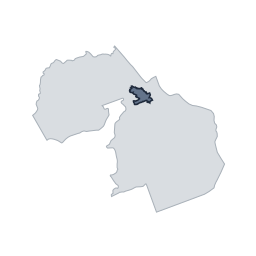 Luano, Central, Zambia (highlighted), rotated 250°
{"feature_id": "96606910B16035329871790", "entity_name": "Luano", "entity_type": "district", "adm_level": 2, "iso_a3": "ZMB", "parent_name": "Zambia", "parent_adm1": "Central", "projection": "robinson", "projection_center": [29.687, -14.461], "detail": "fine", "context": "in_parent", "style": "filled", "palette": "slate", "viewbox_px": 256, "rotation_deg": 250, "n_neighbors": 0, "source": "geoboundaries", "source_scale": "gbopen_adm2", "svg_char_len": 7351}
<svg xmlns="http://www.w3.org/2000/svg" viewBox="0 0 256 256"><g transform="rotate(250 128 128)"><path d="M167.0,171.8L156.9,171.8L153.3,172.7L150.2,174.1L146.6,176.2L144.6,177.7L144.0,178.6L143.7,180.4L143.7,183.3L143.4,185.3L142.3,187.2L136.8,189.4L133.3,191.3L129.8,193.5L127.1,196.3L125.3,199.8L122.3,204.2L116.1,211.9L112.4,213.3L109.4,213.0L105.7,211.4L102.8,211.1L100.6,212.1L98.6,211.8L96.7,210.2L95.2,209.6L94.0,210.0L92.4,209.9L89.5,209.0L86.9,206.3L85.6,205.1L84.5,204.7L81.5,204.3L74.6,203.6L67.4,205.0L61.1,206.4L54.6,200.2L48.4,193.7L47.0,192.1L44.7,189.9L43.0,188.8L42.3,188.3L40.6,182.5L39.6,177.2L39.2,126.0L67.5,126.0L69.3,125.8L69.4,125.2L68.1,122.5L68.1,121.5L68.5,119.7L69.7,115.9L69.8,114.7L69.2,110.7L69.2,108.4L69.5,103.9L69.3,102.3L70.0,100.3L70.2,98.9L70.5,98.3L70.1,96.8L69.5,91.3L69.2,89.1L70.9,89.4L71.5,90.5L71.8,91.7L72.6,91.8L74.6,92.5L75.3,93.6L75.8,95.7L75.5,96.8L74.8,97.7L75.5,98.5L76.8,99.1L77.6,98.9L79.9,97.4L82.0,96.9L83.1,96.5L87.8,95.5L88.7,95.0L89.3,95.0L89.8,95.4L89.4,96.9L89.3,98.3L89.8,100.9L90.3,102.1L91.3,103.0L92.0,103.4L92.8,104.4L94.4,104.2L98.0,105.5L99.1,106.1L100.6,106.7L101.7,107.0L105.4,107.4L109.3,108.1L111.3,108.2L112.7,108.0L113.7,107.7L114.4,107.2L114.6,106.9L116.1,102.0L116.8,101.6L117.8,101.3L118.4,101.8L119.0,104.9L121.9,107.7L122.8,110.0L123.5,112.0L124.1,112.6L125.2,113.3L126.9,113.5L128.5,113.6L136.1,117.0L136.9,117.6L137.8,119.4L138.4,121.5L139.0,123.1L140.0,123.4L140.9,123.6L141.7,124.7L142.4,125.6L144.7,129.7L145.0,131.3L146.1,132.4L147.5,132.8L148.9,132.9L149.7,132.4L151.6,131.6L153.2,130.6L154.3,130.3L154.9,130.5L155.4,131.1L155.7,133.1L156.8,133.8L157.6,133.6L157.9,132.8L157.9,132.4L157.9,111.3L157.2,111.5L156.4,112.1L154.3,112.1L153.6,112.6L153.3,113.3L153.5,114.1L153.5,115.3L153.2,115.9L152.3,116.1L151.1,115.6L148.7,115.0L146.8,114.7L145.4,113.1L143.5,110.7L142.3,109.5L139.4,107.0L138.9,106.5L138.0,105.4L137.2,103.4L136.4,101.1L136.0,99.7L136.8,97.4L138.5,90.1L138.9,87.9L140.3,85.6L140.4,83.5L139.8,80.9L140.0,79.4L140.2,71.0L139.8,68.4L138.8,65.5L136.7,61.4L136.7,60.5L140.0,57.9L140.9,56.9L142.7,54.7L143.8,52.9L144.5,51.4L144.8,49.5L144.2,47.7L145.4,47.4L172.5,42.7L172.9,43.9L173.7,46.0L174.7,47.5L175.8,48.9L176.8,49.7L177.5,49.9L181.7,49.8L183.2,50.6L184.5,51.7L184.8,53.3L185.6,54.3L186.6,55.1L187.0,55.2L187.7,55.0L188.8,54.9L189.8,55.3L190.3,55.6L190.4,57.0L190.7,57.6L192.1,57.8L193.5,57.9L194.9,58.8L196.4,59.0L198.1,59.3L199.0,60.3L200.8,61.3L203.1,62.2L205.6,63.7L205.6,64.2L206.0,65.0L206.5,65.7L206.5,66.6L206.7,67.4L207.4,67.6L207.9,67.7L208.4,67.1L209.0,67.1L209.8,67.5L210.0,68.5L210.6,69.8L211.5,70.7L212.1,71.6L211.9,73.2L211.5,74.6L212.8,76.1L214.4,77.4L214.8,78.0L214.9,80.1L215.2,80.8L216.3,82.4L216.8,83.6L216.8,84.2L213.8,87.5L212.0,88.1L211.2,88.7L210.7,89.5L211.9,92.8L212.5,94.0L212.0,95.6L210.8,98.3L210.2,98.5L210.1,100.6L210.5,101.3L211.1,101.9L211.3,103.3L211.2,106.7L210.5,110.6L211.8,114.0L212.3,114.3L214.1,114.4L214.4,114.7L214.0,115.6L212.7,117.1L210.3,118.3L206.9,119.6L206.2,120.8L205.8,122.6L206.2,123.6L206.6,124.2L206.5,125.8L206.2,127.4L206.3,128.7L206.1,129.9L205.7,130.4L205.1,132.2L204.3,133.9L203.7,134.7L202.9,135.5L201.6,136.2L201.6,136.5L203.1,137.3L203.5,137.9L203.6,138.3L203.0,139.2L203.7,139.7L204.5,140.1L205.3,141.3L206.3,143.5L206.7,143.7L207.2,143.5L208.1,142.6L208.8,142.3L209.6,143.5L195.5,148.9L192.2,150.0L187.2,151.9L185.6,152.6L184.3,153.3L171.2,157.5L169.2,158.3L164.5,160.5L164.4,160.8L164.4,161.8L164.8,163.8L165.6,165.6L166.3,166.7L166.8,169.4L167.0,171.8Z" fill="#d9dde1" stroke="#a8b0b8" stroke-width="1"/><path d="M145.8,160.5L147.8,160.2L149.1,158.8L149.4,158.5L149.5,158.5L149.5,158.4L151.4,160.3L153.5,160.3L153.5,157.6L153.7,157.4L153.8,157.3L154.0,157.5L154.2,157.4L154.4,157.4L154.5,157.4L154.4,157.4L154.5,157.3L154.6,157.5L154.8,157.5L154.7,157.4L154.7,157.2L154.9,157.0L155.1,157.0L155.1,156.9L155.3,156.9L155.4,156.7L155.5,156.7L155.8,156.5L155.9,156.4L155.8,156.2L155.9,156.3L156.0,156.3L156.2,156.2L156.3,156.2L156.5,156.2L156.7,155.9L156.8,155.9L156.9,155.7L157.0,155.7L157.0,155.8L157.1,155.7L157.3,155.6L157.5,155.8L157.7,155.6L157.8,155.6L158.2,155.3L158.5,155.3L158.8,155.3L159.0,155.3L159.0,155.1L159.3,155.0L159.4,154.9L159.4,154.6L159.5,154.5L159.7,154.8L159.8,155.0L159.9,154.9L160.0,154.9L160.4,154.7L160.6,154.4L160.7,154.5L160.9,154.5L161.1,154.5L161.2,154.2L161.1,153.9L161.0,154.0L160.9,153.9L160.7,153.6L160.7,153.3L160.8,153.0L160.8,152.8L161.0,152.6L161.1,152.4L160.9,152.3L161.0,152.3L161.0,152.1L161.3,152.0L161.4,151.8L161.2,151.6L161.3,151.3L161.5,151.2L161.5,150.9L161.7,150.6L162.0,150.6L162.0,150.4L161.9,150.1L162.0,150.1L162.2,149.7L162.3,149.6L162.6,149.5L162.8,149.7L162.9,149.8L163.0,149.7L163.2,149.3L163.4,149.2L163.2,149.1L163.5,148.9L163.4,148.7L163.7,148.5L163.7,148.4L164.1,148.1L164.2,147.9L164.3,147.7L164.4,147.4L164.5,147.2L164.8,147.2L165.0,146.9L165.3,146.7L165.5,146.6L165.8,146.5L165.8,146.2L165.6,146.1L165.8,145.9L165.7,145.9L165.6,145.7L165.5,145.4L165.4,145.2L165.3,144.9L165.3,145.0L165.2,145.0L165.2,144.9L165.1,145.0L165.1,144.9L165.0,144.7L164.9,144.6L164.6,144.7L164.2,144.5L164.1,144.4L164.0,144.5L164.0,144.4L163.8,144.4L163.7,144.1L163.6,143.6L163.5,143.4L163.4,143.2L163.5,143.0L163.4,143.0L163.4,142.9L163.1,142.7L162.9,142.5L162.8,142.4L162.7,142.4L162.5,142.2L162.4,142.2L162.3,142.3L162.3,142.2L162.3,142.3L162.2,142.2L161.9,142.1L161.7,142.2L161.6,142.3L161.5,142.2L161.4,142.2L161.2,142.2L161.2,142.3L160.9,142.3L160.6,142.5L160.3,143.0L160.2,143.1L160.1,143.3L160.1,143.5L160.0,143.8L159.9,144.0L159.8,144.4L159.8,144.6L159.7,144.7L159.7,144.8L159.6,144.7L159.4,144.7L158.9,144.5L158.6,144.7L158.4,144.8L158.5,144.9L158.4,145.0L158.2,145.0L157.9,145.0L157.7,145.2L157.7,145.4L157.5,145.5L157.3,145.9L156.8,146.3L156.8,146.5L156.1,147.1L155.9,147.3L155.7,147.2L155.5,146.9L155.3,146.6L155.2,146.5L155.2,146.4L155.1,146.2L154.9,146.2L154.7,146.1L154.2,146.5L154.4,146.6L154.4,147.0L153.8,147.2L152.6,148.1L152.0,148.8L151.9,148.7L151.8,148.8L151.4,148.7L151.3,148.0L151.2,147.8L151.1,147.6L150.8,146.7L150.7,145.8L150.8,145.6L150.8,145.1L150.6,144.6L150.7,144.4L150.7,144.2L150.8,144.1L151.1,143.8L151.2,143.7L151.2,143.3L151.3,143.1L151.4,142.9L151.6,142.4L151.4,142.3L151.1,142.2L150.7,142.3L150.5,142.2L150.4,142.2L150.2,142.1L149.6,142.3L149.4,142.3L148.9,142.4L148.6,142.4L148.3,142.4L148.2,142.4L148.0,142.2L147.8,142.3L147.7,142.6L147.7,142.9L147.6,143.1L147.4,143.3L147.4,143.6L147.3,143.8L147.4,144.0L147.3,144.3L147.2,144.3L147.1,144.6L147.2,144.9L147.2,145.0L147.3,145.1L147.4,145.4L147.3,145.5L147.3,145.9L147.3,146.0L147.5,146.4L147.6,146.8L147.7,147.1L147.7,147.3L147.7,147.6L147.6,147.9L147.7,148.4L147.8,148.5L147.7,148.7L147.6,148.9L147.6,149.2L147.5,149.4L147.5,149.7L147.7,150.3L147.8,150.6L147.9,150.9L147.7,151.0L147.6,150.9L147.5,151.5L147.6,151.8L147.7,152.0L147.7,152.3L147.6,152.5L147.7,152.9L147.6,153.0L147.7,153.5L147.7,153.8L147.8,154.0L147.7,154.3L147.6,154.7L147.6,155.1L146.4,155.1L145.8,154.8L145.7,154.9L146.0,155.1L146.2,155.3L146.2,155.7L146.1,155.9L145.9,156.2L145.6,156.3L145.5,156.1L145.4,156.1L145.4,156.3L145.2,156.4L145.3,156.5L145.2,156.7L144.9,156.6L144.9,156.8L144.7,156.8L144.4,156.8L144.3,157.0L144.1,157.1L145.4,157.8L145.6,158.6L145.7,158.8L145.7,159.1L145.7,159.3L145.7,159.6L145.8,160.1L145.8,160.5Z" fill="#64748b" stroke="#1e293b" stroke-width="1.5"/></g></svg>